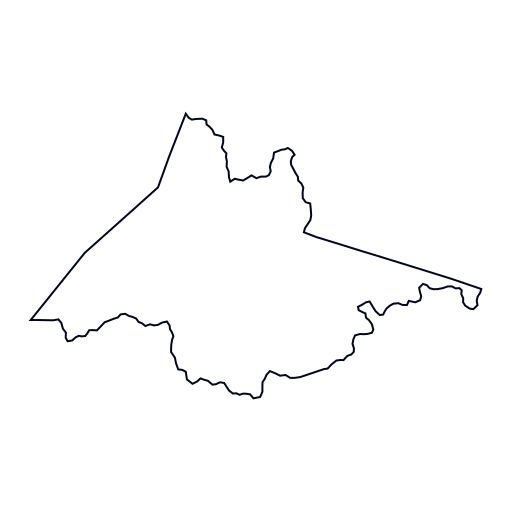 Caatiba, Bahia, Brazil (orthographic projection)
{"feature_id": "56859067B44818441273124", "entity_name": "Caatiba", "entity_type": "district", "adm_level": 2, "iso_a3": "BRA", "parent_name": "Brazil", "parent_adm1": "Bahia", "projection": "orthographic", "projection_center": [-40.334, -14.98], "detail": "fine", "context": "isolated", "style": "outline", "palette": "ink", "viewbox_px": 512, "rotation_deg": 0, "n_neighbors": 0, "source": "geoboundaries", "source_scale": "gbopen_adm2", "svg_char_len": 2782}
<svg xmlns="http://www.w3.org/2000/svg" viewBox="0 0 512 512"><path d="M30.7,320.0L36.7,320.0L53.2,320.3L58.4,319.4L61.4,323.1L62.9,328.6L65.9,332.6L65.7,337.8L67.6,341.2L72.1,340.5L75.6,337.4L78.8,335.8L81.7,336.4L85.3,336.0L87.3,333.4L89.2,330.2L92.6,330.1L96.9,330.4L101.3,325.8L104.7,322.2L109.1,320.6L113.3,318.9L117.8,317.5L120.6,314.4L125.2,313.8L129.2,316.1L132.3,316.8L136.1,318.5L138.5,321.9L142.0,323.3L145.4,326.0L150.1,324.3L153.9,325.4L157.9,324.9L162.0,322.6L166.9,321.5L169.6,325.5L170.0,329.1L172.0,332.5L173.4,336.2L172.1,339.7L171.3,344.5L171.1,348.7L171.1,352.0L174.9,357.7L176.0,363.2L178.2,369.4L182.3,369.9L185.8,371.8L186.9,379.4L192.5,383.8L197.1,381.5L200.5,378.4L203.4,379.5L207.9,380.8L212.5,384.7L215.8,384.2L220.1,382.3L224.2,383.0L226.6,386.8L229.0,390.5L232.9,393.5L236.3,393.3L239.6,394.8L242.7,393.7L245.9,393.7L250.2,394.4L253.4,398.3L260.1,397.0L262.4,391.8L262.4,386.8L262.5,382.2L264.8,378.8L266.5,374.8L269.9,371.1L275.5,373.4L280.1,375.7L285.6,375.0L290.2,377.9L294.7,377.9L300.5,377.0L323.9,369.1L327.6,368.6L331.3,364.6L336.4,360.5L340.3,360.0L343.5,360.1L347.3,355.9L351.3,354.5L353.8,351.8L353.9,348.2L352.5,343.9L353.4,339.2L355.1,335.4L360.0,334.0L364.1,334.2L367.4,333.9L371.9,332.8L373.3,329.6L371.9,324.3L369.1,320.3L366.0,317.6L365.4,313.4L362.2,312.0L358.7,310.2L358.0,306.8L361.8,304.9L366.0,302.3L369.6,301.5L372.7,306.6L375.6,311.2L379.7,315.0L383.1,314.6L384.8,311.3L386.5,308.5L389.9,305.6L393.5,303.7L398.4,303.2L402.4,304.9L406.9,305.1L408.8,300.9L415.4,302.3L420.1,300.2L421.2,296.3L419.8,291.5L419.2,287.7L423.0,283.9L426.9,285.2L429.6,288.2L433.4,289.2L437.5,289.1L442.6,288.2L447.9,286.4L451.8,286.4L455.6,288.4L459.3,288.1L461.7,290.2L461.3,294.2L463.2,298.2L463.1,302.3L465.3,305.7L469.5,308.5L473.3,309.2L477.5,305.2L476.7,300.7L477.6,296.7L480.2,292.7L481.3,289.0L450.7,278.6L386.0,258.5L371.3,254.0L363.0,251.5L320.2,238.2L316.7,237.2L303.9,232.3L304.9,228.3L308.1,223.5L310.3,220.2L311.2,215.6L310.8,209.4L310.2,203.5L305.7,202.2L302.8,198.2L302.6,192.3L303.3,187.7L301.4,183.5L298.2,180.6L297.9,176.8L295.4,172.9L293.0,168.3L291.2,164.9L290.8,161.2L292.2,157.0L294.6,154.8L292.0,150.8L287.9,148.0L284.9,149.3L281.5,149.7L277.5,151.3L274.0,152.6L273.2,158.5L270.9,162.8L269.9,167.0L270.7,171.3L269.0,175.0L266.0,176.6L260.9,176.6L256.4,178.2L251.6,175.4L247.7,177.8L243.1,180.5L238.9,179.7L234.6,178.8L230.3,181.7L229.0,177.3L228.6,171.3L226.6,166.7L226.9,161.6L226.0,157.0L226.4,153.3L224.0,150.8L221.8,147.5L223.2,142.4L223.2,136.9L218.7,135.4L214.5,134.5L212.4,129.8L209.6,126.8L206.6,124.5L206.2,120.3L202.2,118.7L195.8,119.0L191.9,119.6L188.7,117.8L185.8,113.7L169.1,156.6L158.0,187.4L142.2,201.5L134.1,208.8L128.4,213.9L84.7,252.9L34.2,315.7L30.7,320.0Z" fill="none" stroke="#020617" stroke-width="2"/></svg>